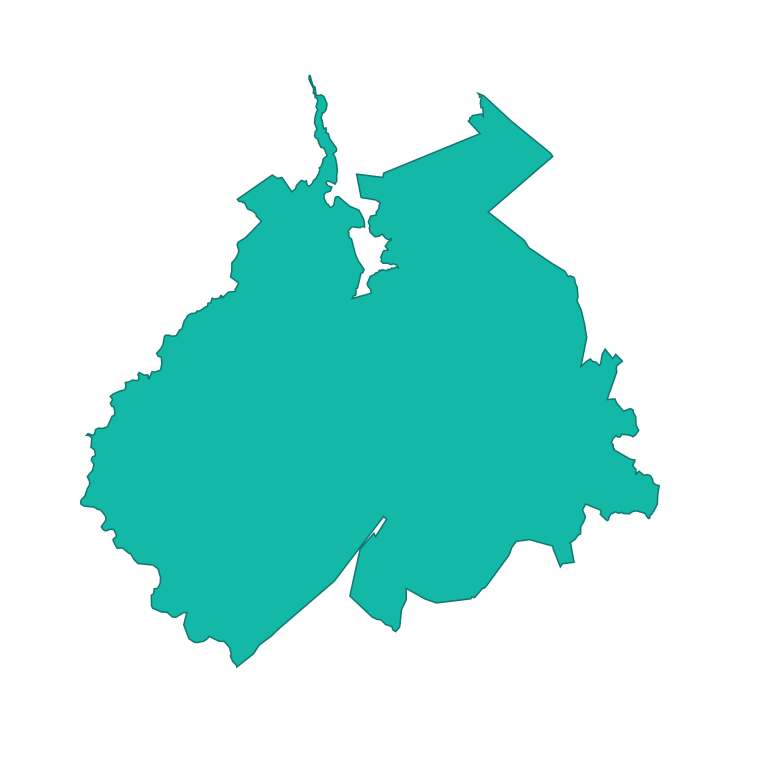 the district of Ahuacatlán, Nayarit, Mexico, rotated 8°
{"feature_id": "50627088B49891327076679", "entity_name": "Ahuacatlán", "entity_type": "district", "adm_level": 2, "iso_a3": "MEX", "parent_name": "Mexico", "parent_adm1": "Nayarit", "projection": "equal_earth", "projection_center": [-104.583, 21.051], "detail": "fine", "context": "isolated", "style": "filled", "palette": "teal", "viewbox_px": 768, "rotation_deg": 8, "n_neighbors": 0, "source": "geoboundaries", "source_scale": "gbopen_adm2", "svg_char_len": 6151}
<svg xmlns="http://www.w3.org/2000/svg" viewBox="0 0 768 768"><g transform="rotate(8 384 384)"><path d="M277.6,684.8L292.4,669.2L296.8,659.8L307.1,649.7L314.0,640.9L362.2,586.1L402.0,515.3L405.4,517.5L396.9,536.4L394.7,533.2L383.4,550.6L379.7,598.7L404.7,616.4L409.6,618.0L414.1,618.1L418.9,621.9L425.4,623.1L427.3,626.4L430.1,627.6L433.4,622.3L432.7,605.3L436.1,594.3L434.4,583.4L455.3,591.4L466.5,593.5L499.9,584.6L500.5,582.7L503.4,583.0L510.2,572.4L511.6,572.4L513.6,569.6L531.7,535.8L533.3,528.1L536.9,521.4L549.7,517.9L573.6,521.0L574.7,524.1L584.1,540.6L585.7,537.1L597.0,534.1L591.1,516.3L590.3,515.5L594.9,511.2L597.1,506.8L599.5,505.2L598.7,497.9L601.0,492.4L602.0,487.3L598.1,481.3L600.3,474.8L615.8,478.7L616.9,480.9L616.3,483.0L623.9,488.3L625.1,487.3L625.7,483.4L626.6,481.5L630.9,478.4L634.4,479.3L637.6,478.0L638.5,478.9L644.7,478.5L648.5,475.4L651.2,474.5L660.3,475.6L664.0,480.0L665.2,480.4L666.0,479.4L665.5,477.1L666.8,476.2L668.8,472.3L671.4,465.2L670.4,454.1L670.7,446.4L666.6,445.8L664.3,444.1L663.1,440.9L660.9,438.0L659.3,437.4L657.5,437.0L654.2,438.3L648.7,434.9L646.0,438.1L645.4,433.6L641.5,430.1L642.3,428.8L642.1,427.5L643.0,426.7L643.0,424.3L638.4,424.2L620.5,417.0L620.9,415.9L619.8,415.2L619.5,412.4L617.3,410.5L618.4,406.3L621.1,402.8L622.4,403.9L625.3,403.6L626.4,400.8L631.0,400.5L635.4,400.6L637.9,401.6L640.2,399.3L642.7,394.4L639.3,389.7L637.9,381.5L634.8,377.5L634.2,374.9L631.4,374.1L624.9,377.5L617.2,370.6L614.7,366.6L607.1,368.4L612.9,339.3L612.0,337.2L611.8,333.8L616.9,328.2L609.3,322.4L606.9,327.1L598.1,318.7L595.9,324.3L595.7,333.9L594.8,335.6L591.0,332.9L587.5,332.6L584.8,330.5L581.0,333.8L576.6,339.2L578.3,309.7L573.9,295.8L569.0,283.4L563.4,274.5L564.0,271.2L561.9,261.4L559.3,257.4L558.2,253.5L557.0,251.9L553.5,251.0L551.4,252.0L547.2,247.0L533.5,241.2L508.5,228.9L503.0,222.3L463.3,199.2L519.4,135.2L516.7,132.2L473.9,106.3L442.7,84.7L436.9,83.2L438.4,84.7L438.8,86.8L440.1,86.1L441.1,87.6L440.2,88.6L440.3,92.6L441.7,97.0L443.4,96.5L445.1,105.2L442.9,103.1L434.1,105.9L433.8,107.3L432.1,108.6L432.0,110.8L430.9,111.9L444.3,122.7L354.4,175.2L354.1,179.6L327.7,180.0L335.4,202.5L350.2,202.9L355.2,205.1L354.4,207.4L354.5,211.0L352.4,214.9L352.7,217.7L347.4,219.7L345.9,225.7L348.3,229.9L347.6,231.3L349.1,235.5L354.5,239.5L358.4,238.4L361.2,235.8L365.5,239.5L368.3,240.5L370.9,238.8L371.5,240.2L368.6,242.4L366.0,247.4L369.6,250.7L365.0,252.3L363.1,258.8L364.2,260.5L364.0,262.8L366.3,264.6L370.9,263.8L374.0,264.9L376.7,263.6L380.4,264.5L381.9,266.9L379.4,266.6L377.8,268.3L375.7,268.0L373.7,270.1L372.4,269.7L370.7,271.4L366.0,271.1L365.2,272.4L363.8,271.9L362.2,274.6L360.3,275.2L358.8,277.4L355.5,279.1L353.4,287.0L354.6,289.6L357.6,292.1L358.7,295.9L340.5,303.9L341.7,300.7L343.4,300.3L343.7,298.0L342.9,293.4L344.4,292.7L345.8,277.6L347.5,276.7L348.4,273.5L341.4,265.6L337.6,259.5L331.7,245.1L328.8,243.1L328.2,239.2L327.1,237.8L330.3,232.8L338.6,232.6L340.5,231.1L343.0,231.3L341.8,225.9L340.5,222.9L335.0,215.3L325.3,212.8L313.0,204.9L311.1,205.0L309.8,206.1L309.3,214.3L306.4,216.8L303.5,213.8L302.4,213.9L299.0,208.7L298.2,205.1L299.7,202.5L303.8,200.6L305.0,196.3L301.2,195.6L298.5,192.9L299.1,191.5L299.9,190.8L303.4,191.3L307.7,192.9L309.0,189.5L308.1,184.3L308.1,179.1L306.7,173.5L304.5,167.0L301.6,163.1L304.5,159.8L304.4,158.6L303.9,156.9L296.3,149.0L294.0,143.8L291.2,142.9L291.7,141.0L290.8,138.4L288.6,139.6L286.2,131.8L284.6,129.4L285.4,124.1L287.0,123.5L288.6,119.9L288.6,114.5L284.3,107.6L281.5,106.4L278.4,107.7L276.3,106.8L274.6,100.1L271.7,97.6L267.9,88.9L267.1,88.9L267.2,92.1L268.2,94.2L273.2,101.4L273.6,106.1L275.2,106.4L275.9,109.9L277.8,110.3L279.0,113.0L278.1,118.9L280.4,122.2L279.4,123.6L278.6,129.5L278.8,135.0L282.2,141.1L280.8,143.8L280.7,147.9L281.7,149.5L284.7,151.0L285.6,154.1L288.6,158.5L291.1,158.5L292.9,160.5L295.9,166.0L292.4,169.6L292.4,173.2L291.4,177.4L289.8,179.1L290.6,180.7L290.0,185.8L289.3,186.1L288.3,189.6L286.0,192.0L285.0,195.5L282.4,198.6L280.3,197.9L278.8,193.6L277.3,194.6L273.7,193.9L269.7,199.6L269.1,203.3L265.9,206.4L254.3,193.8L249.6,195.2L244.3,192.6L213.1,221.5L215.0,223.3L218.1,223.2L218.9,224.0L219.3,223.4L221.0,224.4L224.7,229.7L230.0,231.0L233.8,233.6L234.0,235.3L240.0,240.0L226.6,258.3L220.0,263.7L219.1,266.1L221.6,272.3L221.6,274.5L219.6,280.4L216.5,285.2L217.5,293.3L217.1,299.3L225.8,304.0L225.5,306.7L223.6,310.3L223.5,313.1L217.3,314.6L212.2,321.0L210.8,319.0L209.9,319.3L210.1,320.6L209.3,320.7L209.1,321.9L204.2,323.5L201.9,322.9L201.1,327.7L198.4,328.6L198.5,331.6L196.5,332.5L191.5,337.2L188.7,337.8L187.4,340.1L183.4,341.0L180.4,343.2L177.3,349.6L176.1,357.9L174.2,358.7L171.6,365.1L167.2,366.2L164.6,365.6L160.8,366.2L159.9,367.7L159.7,375.9L158.0,380.2L154.6,385.3L156.6,388.0L159.7,388.3L161.2,395.1L160.7,401.3L155.7,404.1L152.6,404.1L150.5,411.5L149.4,410.5L149.4,408.6L148.6,407.9L145.2,408.6L140.0,406.7L139.0,409.1L139.9,409.9L140.5,413.5L139.2,415.1L134.1,415.1L132.1,416.9L127.6,418.7L128.7,421.9L128.6,424.5L127.4,426.2L123.6,427.6L117.2,431.6L114.7,434.3L116.9,436.5L117.2,438.1L115.6,441.1L117.6,444.0L119.5,444.1L121.5,449.7L121.2,452.8L119.3,453.7L116.1,464.8L111.5,467.2L107.5,467.4L104.7,469.4L104.5,473.5L102.7,475.4L97.8,474.3L96.6,476.2L99.5,476.1L102.2,478.2L102.6,487.5L106.3,489.3L108.1,493.9L107.6,495.7L105.8,496.3L104.8,498.3L104.9,500.5L108.0,503.9L107.4,510.0L103.1,516.9L106.2,521.8L106.3,525.4L104.8,528.9L103.3,536.8L100.6,540.3L100.0,542.5L100.6,545.1L104.0,546.6L114.3,546.3L117.4,547.8L121.0,548.3L124.5,551.5L127.0,554.2L127.4,557.8L123.9,564.6L126.0,567.1L128.7,568.3L133.9,565.7L136.7,565.8L139.9,570.6L140.1,572.5L137.3,575.5L137.8,577.2L142.4,583.7L147.9,582.8L155.1,587.3L156.6,587.2L161.5,593.2L165.5,596.0L180.5,595.4L185.9,598.4L189.6,606.5L190.1,612.5L188.6,617.1L187.4,618.3L185.0,618.6L185.0,623.7L183.0,625.6L184.6,635.8L186.0,638.2L195.3,640.7L201.0,640.3L206.9,644.2L210.4,643.9L217.5,638.2L220.5,637.9L219.2,650.3L226.3,663.4L232.3,666.2L235.6,665.9L241.4,663.7L244.9,660.4L245.9,658.2L256.2,661.6L261.7,661.2L267.9,666.6L270.5,673.3L269.7,674.4L270.1,675.6L273.0,680.0L276.8,682.8L277.6,684.8Z" fill="#14b8a6" stroke="#0f766e" stroke-width="1.5"/></g></svg>